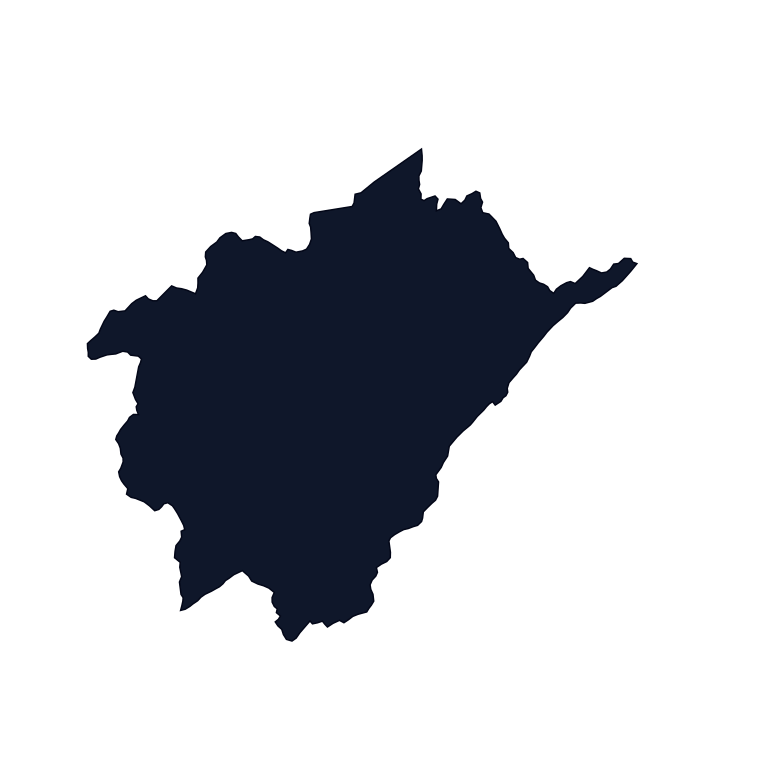 Cariús, Ceará, Brazil (Mercator projection), rotated 156°
{"feature_id": "56859067B65825011266304", "entity_name": "Cariús", "entity_type": "district", "adm_level": 2, "iso_a3": "BRA", "parent_name": "Brazil", "parent_adm1": "Ceará", "projection": "mercator", "projection_center": [-39.468, -6.626], "detail": "fine", "context": "isolated", "style": "filled", "palette": "ink", "viewbox_px": 768, "rotation_deg": 156, "n_neighbors": 0, "source": "geoboundaries", "source_scale": "gbopen_adm2", "svg_char_len": 4299}
<svg xmlns="http://www.w3.org/2000/svg" viewBox="0 0 768 768"><g transform="rotate(156 384 384)"><path d="M661.9,259.9L657.2,259.1L651.8,259.8L648.1,260.8L642.4,261.8L638.0,263.7L633.1,264.7L625.9,264.9L620.9,265.4L616.8,265.7L612.4,267.0L608.8,268.9L604.8,269.5L598.7,270.9L589.3,271.1L587.7,267.6L585.8,263.6L585.0,257.8L580.5,252.5L576.1,248.7L572.2,244.4L569.0,238.2L573.1,234.4L574.9,230.2L574.7,225.4L573.0,222.0L575.3,218.9L573.0,214.2L576.1,212.0L580.1,210.9L579.3,206.2L577.2,201.4L577.8,196.0L577.0,190.4L572.6,186.6L567.6,187.6L562.0,191.0L548.0,197.6L546.9,194.0L541.9,192.9L536.7,192.4L535.8,188.8L534.5,185.0L527.9,186.1L520.8,186.2L517.7,182.2L512.4,183.1L507.0,184.4L501.5,184.2L496.9,183.5L492.5,182.8L489.0,185.2L485.5,187.1L481.7,189.8L479.6,196.4L479.6,201.8L478.4,206.2L474.6,209.7L469.7,211.8L466.6,214.6L465.6,219.4L459.8,220.5L453.7,220.7L448.9,222.8L446.6,227.6L443.4,238.6L440.6,240.9L435.5,242.1L430.0,242.7L425.2,243.0L420.6,242.1L415.2,241.8L410.8,241.2L405.6,243.1L403.3,245.8L400.1,251.2L394.3,253.5L388.6,255.6L384.2,256.9L380.7,259.7L378.8,263.3L374.0,272.4L374.6,276.4L373.6,280.0L365.7,284.5L361.7,288.1L355.2,292.3L349.7,300.6L339.1,305.8L335.3,307.2L330.9,308.9L321.8,311.5L318.6,313.0L312.1,316.4L303.5,319.6L299.6,321.6L295.8,323.1L292.0,323.7L291.0,319.5L284.3,320.6L280.8,323.0L277.4,323.7L274.3,326.2L273.2,329.9L269.3,334.4L263.8,337.0L258.9,339.2L254.6,341.8L251.3,343.2L244.8,345.9L239.6,350.3L236.4,353.5L231.6,356.0L226.5,358.8L218.8,362.5L214.2,365.0L205.9,368.5L199.6,370.4L193.4,372.1L187.3,374.5L182.7,377.4L176.0,379.9L171.3,378.0L167.7,376.0L159.7,374.7L155.0,375.6L150.7,376.0L136.5,379.3L132.3,378.9L128.9,380.0L124.3,381.4L112.8,386.6L104.0,391.1L107.2,394.2L107.6,398.2L113.4,401.1L120.8,398.7L125.4,400.1L130.4,396.9L135.0,395.7L140.2,397.0L143.8,401.1L146.5,403.8L149.0,406.7L153.9,404.0L158.7,401.4L163.6,399.7L168.5,398.0L172.0,401.7L176.0,402.3L182.5,401.8L187.9,400.5L192.1,397.8L194.6,402.0L195.0,406.3L197.6,410.2L200.9,413.1L203.4,417.3L203.0,422.5L205.3,431.0L203.4,436.6L205.9,442.1L209.3,442.8L212.3,445.9L212.6,451.5L214.9,457.1L213.0,462.4L214.6,468.1L215.1,472.7L215.1,478.5L215.3,483.3L215.5,487.2L217.2,491.8L219.0,496.6L224.1,500.3L223.8,505.7L220.0,510.1L220.3,514.2L218.8,519.6L221.6,522.7L226.2,522.1L231.8,522.1L235.3,519.1L240.3,517.3L243.9,523.6L250.9,527.3L256.3,523.8L260.6,520.7L265.7,520.9L262.7,526.9L259.5,530.9L260.9,535.0L269.2,535.8L272.8,535.2L275.1,537.8L272.8,542.6L273.2,548.3L270.3,551.8L269.2,555.9L267.5,559.9L263.3,563.4L258.2,572.7L256.3,577.1L254.2,583.4L310.8,572.5L327.2,568.0L333.2,569.1L337.7,561.6L340.9,559.1L378.2,569.0L382.1,569.0L384.2,565.8L387.0,561.1L387.2,557.2L389.1,551.8L391.3,546.0L395.2,541.8L399.9,538.7L404.3,538.7L410.8,540.2L414.2,543.7L417.1,546.0L420.6,543.9L423.5,547.4L425.9,551.5L429.1,556.4L432.3,561.2L435.5,564.8L437.7,568.8L441.5,571.1L445.0,570.0L448.6,570.7L455.3,572.5L457.2,577.6L458.2,581.8L461.6,584.5L467.3,585.8L474.4,584.3L479.0,581.7L486.4,580.1L493.2,577.1L495.5,572.8L495.9,569.1L497.4,564.9L504.2,559.9L510.9,556.4L512.9,551.8L515.1,547.6L519.5,543.1L526.0,550.0L530.2,553.4L534.5,556.1L538.1,560.0L557.7,552.4L561.3,554.0L564.7,557.6L566.0,561.6L576.2,561.3L581.8,560.0L590.8,556.1L597.5,558.2L600.8,561.3L604.6,561.8L610.2,557.8L614.1,555.2L620.9,549.4L623.8,546.4L629.1,544.5L634.1,543.0L638.5,541.5L640.3,537.0L641.3,533.1L642.9,529.6L641.3,525.7L637.1,524.0L632.6,524.0L625.3,523.3L621.3,522.1L616.8,520.6L609.4,520.2L605.2,517.5L603.7,513.4L597.1,509.4L595.4,505.5L597.7,502.6L601.1,499.5L604.0,495.3L612.9,482.4L616.9,478.3L617.3,471.0L616.7,466.0L619.6,464.0L620.5,460.6L620.7,455.9L625.3,458.1L630.1,457.0L633.2,454.5L638.1,452.2L643.1,449.6L646.3,447.2L649.2,445.3L651.6,442.4L650.7,437.4L651.0,432.6L652.8,426.9L652.5,422.5L654.0,418.9L658.8,414.0L662.1,411.7L663.2,406.9L663.1,402.4L662.3,398.4L660.6,392.6L664.0,388.1L661.1,383.3L657.5,380.6L651.0,373.9L647.8,368.1L645.0,361.5L640.7,361.0L637.1,362.3L633.9,364.1L629.8,363.5L626.8,358.8L626.1,355.4L625.3,349.8L624.7,341.3L624.5,336.3L625.3,332.0L629.2,332.0L631.1,326.4L634.3,323.7L639.7,321.0L643.0,316.0L646.0,310.5L642.7,304.0L645.1,299.6L647.2,290.3L651.4,286.3L655.0,274.3L654.4,270.5L656.1,267.4L658.9,263.6L661.9,259.9Z" fill="#0f172a" stroke="#020617" stroke-width="1.5"/></g></svg>